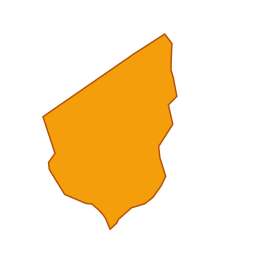 outline of Zavxanmandal, Dzavhan, Mongolia, rotated 316°
{"feature_id": "93677404B82656754241249", "entity_name": "Zavxanmandal", "entity_type": "district", "adm_level": 2, "iso_a3": "MNG", "parent_name": "Mongolia", "parent_adm1": "Dzavhan", "projection": "orthographic", "projection_center": [94.963, 48.138], "detail": "fine", "context": "isolated", "style": "filled", "palette": "amber", "viewbox_px": 256, "rotation_deg": 316, "n_neighbors": 0, "source": "geoboundaries", "source_scale": "gbopen_adm2", "svg_char_len": 846}
<svg xmlns="http://www.w3.org/2000/svg" viewBox="0 0 256 256"><g transform="rotate(316 128 128)"><path d="M184.4,78.9L74.7,60.8L74.0,62.2L73.7,62.8L73.6,63.0L73.3,63.6L73.2,63.8L70.9,68.7L70.8,68.8L57.9,95.5L46.9,97.6L44.6,100.6L42.6,103.2L40.0,114.9L38.7,121.0L36.3,131.8L45.3,153.0L49.2,157.5L50.0,166.5L49.8,172.8L49.2,177.1L44.8,188.4L53.6,188.6L57.5,187.1L75.1,187.8L87.4,194.1L97.7,195.2L100.2,194.7L100.3,194.7L104.5,194.0L111.7,192.6L121.6,188.9L123.0,186.1L125.6,180.9L128.7,174.7L130.1,171.8L133.0,168.0L137.2,162.6L137.5,162.5L162.8,156.4L173.1,139.4L174.9,139.4L185.1,139.2L188.0,134.7L191.3,129.7L194.4,125.0L195.3,123.7L199.2,116.2L204.1,111.3L209.6,105.9L209.8,105.8L212.8,102.9L218.2,97.8L218.2,97.7L218.3,97.7L218.5,96.1L218.8,93.6L219.2,90.0L219.7,85.9L184.4,78.9Z" fill="#f59e0b" stroke="#b45309" stroke-width="1.5"/></g></svg>